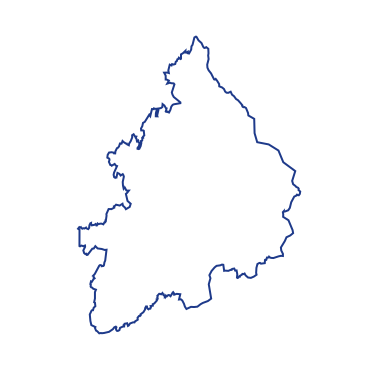 Loughrea Lea-5, Galway, Ireland, rotated 279°
{"feature_id": "5873133B84872998039455", "entity_name": "Loughrea Lea-5", "entity_type": "district", "adm_level": 2, "iso_a3": "IRL", "parent_name": "Ireland", "parent_adm1": "Galway", "projection": "robinson", "projection_center": [-8.446, 53.152], "detail": "fine", "context": "isolated", "style": "outline", "palette": "blue", "viewbox_px": 384, "rotation_deg": 279, "n_neighbors": 0, "source": "geoboundaries", "source_scale": "gbopen_adm2", "svg_char_len": 6006}
<svg xmlns="http://www.w3.org/2000/svg" viewBox="0 0 384 384"><g transform="rotate(279 192 192)"><path d="M337.3,183.4L336.5,182.5L336.2,181.6L337.1,180.4L340.6,178.1L342.8,174.7L345.8,172.3L346.1,171.6L345.0,170.2L337.4,169.5L335.8,168.7L332.5,168.9L328.3,167.4L328.4,166.0L329.9,165.9L328.9,164.5L328.7,163.5L330.4,163.4L327.5,161.2L326.2,159.6L321.9,160.3L321.5,159.8L322.6,158.0L321.2,157.6L320.8,156.8L318.9,156.5L318.2,155.6L315.8,155.4L315.0,153.9L315.2,152.3L313.8,152.0L314.3,150.1L308.5,149.6L305.9,150.5L306.1,149.0L305.5,145.8L302.8,147.8L299.0,148.4L299.1,149.3L298.4,151.7L295.2,150.6L296.5,153.1L296.2,154.4L296.4,156.9L295.6,157.8L287.2,156.5L285.1,157.5L283.0,159.1L278.7,166.5L277.9,166.6L275.8,160.4L275.1,159.3L273.1,158.2L269.8,157.8L266.9,156.9L267.1,155.8L267.5,155.8L267.2,154.3L267.7,154.3L267.7,153.5L270.6,153.8L270.7,153.1L273.1,151.2L274.2,149.2L271.2,149.4L270.0,148.1L269.1,145.5L267.8,146.0L262.1,145.6L261.3,146.0L261.1,144.4L264.2,144.0L268.8,144.4L268.4,143.1L268.6,141.3L267.8,141.2L267.7,139.5L260.4,138.9L261.7,137.7L253.9,134.4L252.6,132.8L249.2,132.6L246.7,131.7L244.9,132.2L245.2,134.0L244.9,134.8L240.4,136.0L239.1,135.0L237.9,135.3L237.7,134.4L235.4,134.8L234.7,134.5L234.3,133.5L232.6,134.3L229.3,134.1L226.4,133.2L226.0,132.3L226.2,131.4L227.4,131.4L228.6,132.3L232.3,132.7L232.7,131.3L234.4,130.7L233.5,129.7L235.9,128.8L236.7,127.9L238.0,128.3L238.0,126.9L239.9,125.3L238.7,124.0L236.5,124.4L232.6,123.5L229.9,122.3L228.3,122.3L228.9,120.5L229.6,120.0L229.4,119.5L230.6,116.7L231.5,115.4L228.8,114.9L228.5,114.3L228.8,113.4L228.4,113.2L225.7,112.8L224.2,112.0L223.5,111.0L220.2,110.0L218.1,110.1L218.0,109.0L218.6,108.9L218.7,106.3L218.0,103.9L215.5,102.9L212.7,103.0L212.0,105.0L210.8,105.5L208.8,105.2L205.9,107.1L205.9,108.0L205.4,108.6L207.6,111.2L206.2,112.6L205.9,113.9L199.0,112.0L196.7,111.9L194.5,112.8L194.1,113.7L194.6,113.8L194.5,115.1L199.2,115.4L198.5,117.6L197.1,118.9L198.8,120.8L197.9,121.6L196.5,122.3L191.1,122.0L187.6,122.8L184.8,123.9L185.5,124.2L185.0,124.4L185.7,125.1L183.4,126.8L183.2,127.3L183.5,129.4L181.1,128.1L179.8,127.0L173.1,129.7L170.8,133.3L167.5,132.8L164.7,129.4L166.1,128.3L167.6,126.0L169.5,125.2L167.3,122.7L167.6,119.0L166.5,118.3L165.6,117.1L164.4,117.7L162.5,115.1L162.1,112.3L156.8,110.9L155.3,111.3L150.1,111.4L150.2,111.0L148.5,111.0L148.4,110.3L146.2,109.5L146.6,107.7L146.3,106.1L145.6,104.7L146.1,103.7L144.1,103.3L144.0,102.9L144.9,102.5L145.3,101.7L144.5,101.2L143.6,98.9L144.0,98.2L143.6,98.0L144.2,97.2L145.6,97.1L145.2,96.5L143.1,95.9L140.4,96.0L139.1,95.3L139.7,93.0L140.2,92.8L139.1,91.4L139.2,90.1L138.6,89.4L139.2,88.1L139.9,87.7L139.4,87.0L139.7,86.2L137.9,85.2L137.1,86.8L121.0,89.3L120.8,89.9L121.8,91.1L121.4,93.8L122.1,94.1L122.4,94.7L121.1,95.0L117.3,93.8L114.8,95.0L114.1,96.2L114.5,97.3L113.4,97.8L113.6,98.7L120.4,102.4L120.8,103.8L123.4,105.0L121.5,107.6L121.6,111.8L121.1,114.9L121.6,116.6L110.6,117.0L108.8,116.5L105.9,116.5L105.1,116.1L104.6,114.5L105.2,114.4L105.5,113.3L105.3,112.4L104.7,111.9L95.8,108.8L93.7,107.4L93.5,108.0L92.0,108.3L92.2,108.6L91.5,109.3L90.6,108.4L87.4,107.0L87.8,106.2L85.1,106.0L84.8,106.5L82.7,106.7L82.1,107.3L81.9,108.5L81.0,109.5L80.5,112.4L77.9,111.8L71.6,112.8L67.8,112.6L67.4,113.5L64.1,114.4L62.3,113.0L59.8,112.7L59.7,111.9L59.0,111.3L55.1,110.2L48.8,111.8L44.8,113.4L43.5,117.7L42.6,117.4L40.1,118.9L39.7,120.1L37.9,122.5L38.5,124.2L38.4,125.0L39.0,127.2L40.9,131.9L44.1,135.3L46.2,136.4L47.1,137.8L46.6,138.5L45.1,138.2L43.6,139.0L43.1,139.7L43.2,140.5L44.2,141.9L46.6,142.2L48.3,144.8L48.5,145.8L49.9,145.3L50.1,145.5L49.7,146.0L51.3,146.0L52.2,148.5L49.7,149.7L50.3,150.4L52.5,151.4L54.1,154.3L54.2,155.6L55.3,156.0L57.4,158.4L59.3,157.9L61.2,159.0L61.7,159.8L61.5,160.1L62.1,160.6L63.1,160.3L65.7,162.8L68.6,164.0L70.0,163.9L71.8,164.5L71.9,165.4L70.0,166.1L69.3,167.4L70.2,168.2L70.3,169.1L72.0,169.5L72.9,169.0L73.6,171.1L75.1,170.8L75.9,172.1L79.2,174.2L80.4,173.9L80.5,174.6L81.4,174.8L82.3,174.2L83.1,174.5L84.0,174.0L86.3,175.5L86.4,176.4L86.1,177.5L87.5,178.6L86.9,178.9L86.5,180.0L85.8,179.9L84.9,181.4L84.3,181.5L84.7,181.8L84.4,182.0L85.0,182.1L84.6,182.4L85.4,183.1L85.0,183.5L86.5,184.7L86.6,185.6L85.7,187.1L89.5,188.6L89.2,189.0L89.5,189.2L88.8,189.4L89.0,190.1L87.8,190.5L89.0,192.8L89.2,196.4L83.8,196.0L84.3,197.7L83.4,199.3L80.3,201.6L77.7,202.9L75.6,204.8L78.4,209.0L78.7,212.0L79.6,215.3L82.5,218.0L84.1,220.0L86.8,224.8L89.7,227.6L103.5,223.0L109.7,223.7L112.6,222.2L117.1,223.7L121.0,226.1L122.9,227.8L124.0,231.4L125.0,233.0L125.0,234.3L119.2,236.1L119.5,236.7L119.8,240.2L121.3,242.6L121.3,243.3L122.0,243.4L122.5,244.2L123.0,245.7L121.1,247.0L121.5,248.3L117.8,249.6L114.5,249.8L114.2,250.4L114.6,251.1L116.1,251.9L116.0,252.5L116.8,252.6L118.1,254.2L119.0,254.6L119.0,255.9L119.7,256.7L118.1,257.9L116.3,260.7L116.4,263.6L118.1,266.3L120.4,268.7L122.1,268.0L127.2,267.5L131.1,267.9L132.5,269.7L132.6,270.3L132.0,271.3L133.1,275.0L136.3,274.7L136.5,274.9L136.2,275.5L136.6,276.0L139.0,276.3L139.3,277.9L140.2,278.2L139.5,279.3L139.3,280.4L139.5,282.7L142.0,287.6L142.9,289.9L143.0,291.8L145.1,291.5L148.2,289.3L151.1,288.5L158.2,291.4L162.1,292.4L164.4,295.8L167.2,298.3L170.1,297.3L179.2,291.7L181.7,285.9L184.3,285.6L186.3,284.9L187.2,285.5L186.8,285.5L187.4,287.1L189.0,289.9L191.6,291.1L197.4,291.6L203.5,293.7L204.5,295.3L205.8,296.1L205.4,297.0L205.5,298.0L207.0,298.8L209.4,298.8L210.6,296.9L211.9,296.9L212.7,296.2L213.4,294.0L214.1,293.3L215.5,290.7L218.6,289.2L228.8,290.7L235.7,277.5L246.5,270.9L251.0,260.3L251.4,248.6L259.9,244.6L274.0,242.0L276.4,235.7L278.8,235.0L283.4,232.2L284.1,230.5L283.8,229.5L284.1,228.7L285.1,228.0L285.5,228.2L287.8,225.6L289.9,223.0L290.7,221.0L293.2,218.5L294.4,216.3L297.1,214.5L295.6,212.2L295.5,210.5L296.4,209.0L298.7,207.5L300.0,205.3L300.6,202.4L302.9,201.9L305.9,199.3L307.4,197.7L306.6,197.0L306.7,196.2L312.1,192.3L314.8,189.4L317.2,187.8L320.2,187.1L325.9,187.6L329.4,186.6L331.5,186.6L336.0,185.7L337.3,183.4Z" fill="none" stroke="#1e3a8a" stroke-width="2"/></g></svg>